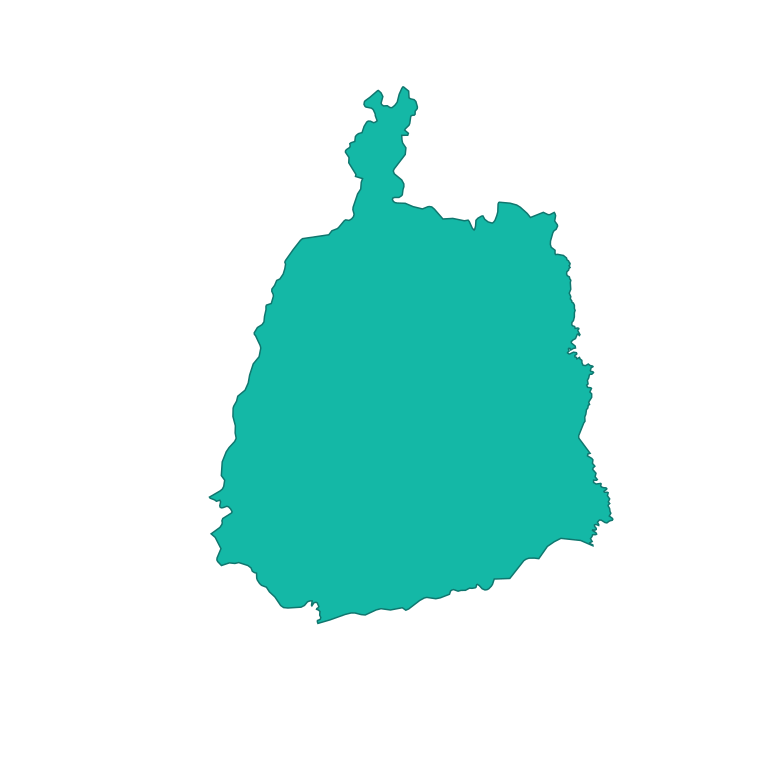 the district of Da Teh, Lâm Đồng, Vietnam, rotated 147°
{"feature_id": "81297802B88275273163475", "entity_name": "Da Teh", "entity_type": "district", "adm_level": 2, "iso_a3": "VNM", "parent_name": "Vietnam", "parent_adm1": "Lâm Đồng", "projection": "mercator", "projection_center": [107.482, 11.563], "detail": "fine", "context": "isolated", "style": "filled", "palette": "teal", "viewbox_px": 768, "rotation_deg": 147, "n_neighbors": 0, "source": "geoboundaries", "source_scale": "gbopen_adm2", "svg_char_len": 6171}
<svg xmlns="http://www.w3.org/2000/svg" viewBox="0 0 768 768"><g transform="rotate(147 384 384)"><path d="M296.9,134.5L296.5,135.2L298.2,138.1L298.1,138.8L295.2,138.5L295.1,141.8L292.6,142.8L291.2,144.0L288.4,142.3L287.4,142.3L287.3,143.9L288.9,147.6L288.4,148.0L286.6,146.5L285.2,146.4L284.6,147.4L284.9,150.0L284.2,151.2L282.7,150.8L281.0,148.4L280.5,148.9L280.2,151.9L277.4,152.6L275.9,151.4L274.1,147.4L272.7,146.1L269.5,146.3L266.7,145.4L265.7,146.0L265.7,147.2L267.0,150.6L264.1,152.1L263.9,154.0L262.6,156.7L262.4,159.8L261.7,160.5L259.8,160.8L260.1,163.0L257.3,164.7L257.5,168.6L255.2,170.7L255.5,171.4L258.0,173.1L258.2,173.9L257.5,174.4L254.7,174.4L254.1,175.0L254.4,176.0L256.4,177.5L257.6,179.1L257.8,180.5L256.3,182.0L256.4,182.6L260.6,184.6L261.9,187.3L260.6,189.2L258.2,187.5L257.1,187.7L257.5,191.2L254.8,193.7L255.5,198.8L254.3,199.7L251.9,200.2L252.4,203.9L250.1,206.6L250.3,208.5L252.5,212.9L251.1,214.3L248.9,213.6L250.1,232.5L248.9,234.6L237.7,242.5L235.7,243.3L233.6,247.0L231.2,248.7L228.2,252.2L226.2,252.8L224.3,254.9L222.8,254.8L222.2,257.3L217.1,259.7L215.2,262.6L215.7,265.2L212.4,267.3L212.6,268.2L215.1,270.3L214.6,272.7L212.8,272.9L211.4,276.3L209.0,277.6L206.9,279.7L205.8,279.9L204.4,279.0L202.1,279.4L202.1,280.5L203.7,282.1L203.7,282.8L201.5,284.8L199.3,284.7L199.3,285.4L201.1,287.3L201.8,289.5L204.8,289.6L206.8,291.2L206.5,293.8L205.2,296.1L205.9,298.2L205.6,299.8L208.5,300.0L208.2,301.6L209.1,302.8L208.4,304.0L206.3,304.0L205.7,304.6L205.6,305.5L207.7,307.5L212.3,308.1L213.2,310.1L212.9,310.5L210.8,310.8L210.3,313.0L209.6,313.3L208.6,312.6L208.9,310.8L205.8,310.7L203.8,309.9L203.0,311.6L204.5,316.4L203.9,317.5L201.5,318.0L198.7,317.8L194.7,320.5L194.0,320.2L193.8,318.3L192.8,318.6L192.4,323.2L191.9,323.8L190.5,324.1L190.4,324.7L191.1,325.5L193.4,326.5L192.8,328.4L194.2,330.2L194.2,331.4L193.0,333.2L190.6,334.0L187.8,336.6L185.5,340.1L183.6,341.7L183.2,343.6L181.4,346.4L181.1,348.8L181.8,350.1L181.2,351.7L181.4,353.8L179.7,355.7L179.2,359.3L175.8,361.7L172.5,367.6L170.8,369.3L170.9,370.9L170.2,372.9L171.3,375.0L171.0,376.7L169.6,378.5L167.1,379.0L165.9,380.2L164.5,380.3L164.4,382.4L163.4,382.6L162.2,383.9L162.5,384.3L162.2,386.8L162.9,388.5L162.3,390.3L163.5,394.1L167.8,398.2L169.6,399.1L169.5,400.3L167.7,403.0L169.3,407.6L168.5,410.4L166.5,413.2L160.0,418.9L158.0,419.9L155.4,420.0L152.4,421.9L151.9,423.2L152.1,427.7L148.4,431.7L147.8,433.8L147.8,435.2L152.7,435.7L154.2,436.7L156.9,441.2L170.5,443.9L171.0,449.0L173.4,458.0L175.2,461.8L179.7,466.9L188.2,473.6L189.0,473.7L190.3,472.8L194.8,466.4L197.7,463.8L201.8,460.8L204.0,460.0L205.6,460.0L208.4,463.2L209.8,467.2L209.5,471.1L210.8,471.7L215.0,471.9L217.7,471.2L221.2,466.6L223.6,464.4L224.6,464.1L225.1,466.6L224.0,473.8L224.2,475.6L227.7,477.1L236.1,485.4L244.7,490.3L246.5,503.2L247.5,506.5L249.4,508.2L250.8,508.8L256.4,509.9L263.0,516.9L267.8,524.0L274.3,528.5L276.0,530.2L276.7,532.0L276.5,534.2L275.3,535.1L273.5,534.7L269.9,532.3L267.0,532.3L265.6,532.7L262.1,536.8L259.9,538.6L258.4,541.0L258.0,545.5L260.9,554.7L260.2,557.6L258.2,558.9L241.2,564.9L237.0,570.1L237.1,576.0L236.0,578.9L233.7,582.9L228.6,579.7L227.0,581.0L228.4,585.7L227.1,586.4L222.1,587.4L220.4,588.6L215.7,594.0L214.1,594.0L212.2,593.0L211.0,593.3L209.3,595.8L206.2,596.8L205.1,598.1L203.4,603.6L203.9,606.1L206.5,608.8L207.1,610.4L203.8,616.2L205.8,622.5L206.5,622.9L208.1,622.2L213.5,618.7L219.5,613.1L223.2,611.8L226.8,611.4L228.4,612.6L229.7,615.6L233.0,617.5L233.7,619.5L233.5,621.1L228.4,625.7L227.9,629.8L228.8,633.2L229.6,633.5L239.8,632.1L245.7,631.8L246.8,631.3L248.5,629.4L248.7,627.1L248.3,626.1L244.3,622.2L243.6,620.1L244.3,615.3L245.2,613.7L246.4,608.5L248.6,608.3L250.4,608.8L252.3,611.9L254.1,613.1L255.8,613.1L260.4,610.9L265.5,606.8L269.1,607.9L271.5,607.7L273.2,607.1L276.4,603.3L280.2,604.3L281.8,604.2L282.7,602.0L284.0,601.1L288.0,601.0L289.4,600.4L290.1,599.4L290.0,593.0L293.1,588.7L293.4,575.0L294.9,573.6L290.1,567.9L293.2,565.6L297.3,560.2L302.6,557.8L313.6,549.1L315.2,547.1L316.6,542.7L318.4,541.0L321.2,540.1L324.2,540.2L326.7,542.5L328.3,542.6L336.7,540.0L338.5,539.7L344.3,540.9L349.0,539.2L373.2,550.3L375.8,550.0L386.9,546.2L399.4,541.2L400.8,540.2L401.3,538.1L404.5,534.6L408.7,531.1L414.1,528.8L417.6,529.3L422.0,526.3L426.3,524.7L427.6,522.9L428.1,519.6L428.9,517.9L434.7,512.9L439.6,514.2L440.7,513.4L442.5,510.6L447.4,505.8L450.8,501.5L453.9,500.2L459.4,500.3L465.0,497.6L465.7,496.1L465.4,494.6L466.9,483.6L467.8,481.2L473.9,474.9L482.7,472.1L491.8,464.7L497.3,458.8L503.9,454.5L513.3,453.4L517.0,449.9L522.2,447.2L523.7,445.9L528.4,439.0L531.4,429.9L535.5,424.0L537.5,419.0L540.6,417.1L548.5,415.1L553.2,413.1L562.1,406.8L570.3,395.8L570.0,390.1L574.2,385.4L576.9,383.9L579.7,383.6L592.0,384.2L592.0,382.9L589.2,379.1L588.4,376.9L585.0,376.0L585.2,374.2L588.1,371.3L588.5,369.7L587.7,368.6L586.4,368.0L582.5,367.1L581.3,365.8L580.7,362.7L581.0,359.6L582.0,358.9L592.5,359.0L594.5,357.5L595.0,356.0L596.3,354.6L599.7,353.1L610.6,352.5L609.1,347.3L610.4,334.7L618.8,329.0L620.0,327.4L620.2,325.6L619.2,320.3L611.1,318.2L606.8,314.7L603.1,313.4L597.0,305.9L595.7,302.2L596.4,298.7L595.4,296.4L593.9,294.8L596.5,290.5L597.0,288.6L597.0,284.5L596.4,281.9L593.3,277.6L593.3,272.1L591.5,264.8L591.3,254.5L590.0,251.2L586.6,248.5L575.1,242.0L571.3,241.6L566.8,243.0L564.1,242.4L562.4,241.1L565.3,238.0L565.3,237.2L561.8,238.7L560.0,238.0L559.2,237.0L559.9,232.8L561.3,232.2L562.6,232.3L563.3,231.8L562.0,230.0L561.6,228.1L563.8,225.2L564.2,222.6L565.7,221.3L568.6,221.9L569.4,220.9L569.8,219.2L557.8,215.6L542.1,211.9L536.3,209.9L533.0,207.7L528.7,203.0L525.5,200.5L513.6,198.8L508.9,197.2L501.7,191.0L490.5,186.4L488.9,182.4L485.8,181.9L471.9,183.0L466.7,182.6L464.3,181.7L457.5,175.7L453.2,174.0L443.6,172.0L440.8,174.2L439.1,174.2L437.6,173.7L434.7,169.9L431.9,169.0L428.0,166.6L423.4,166.2L421.5,164.7L418.5,163.4L417.6,163.4L415.6,165.2L414.8,165.1L413.9,163.2L413.2,158.8L411.5,156.3L409.6,155.4L407.7,155.2L404.1,156.0L402.1,156.9L397.8,160.4L384.4,152.4L362.9,159.7L360.1,159.7L357.3,159.0L352.7,156.1L349.3,153.2L335.4,158.8L327.0,159.0L319.7,158.2L304.3,145.7L296.9,134.5Z" fill="#14b8a6" stroke="#0f766e" stroke-width="1.5"/></g></svg>